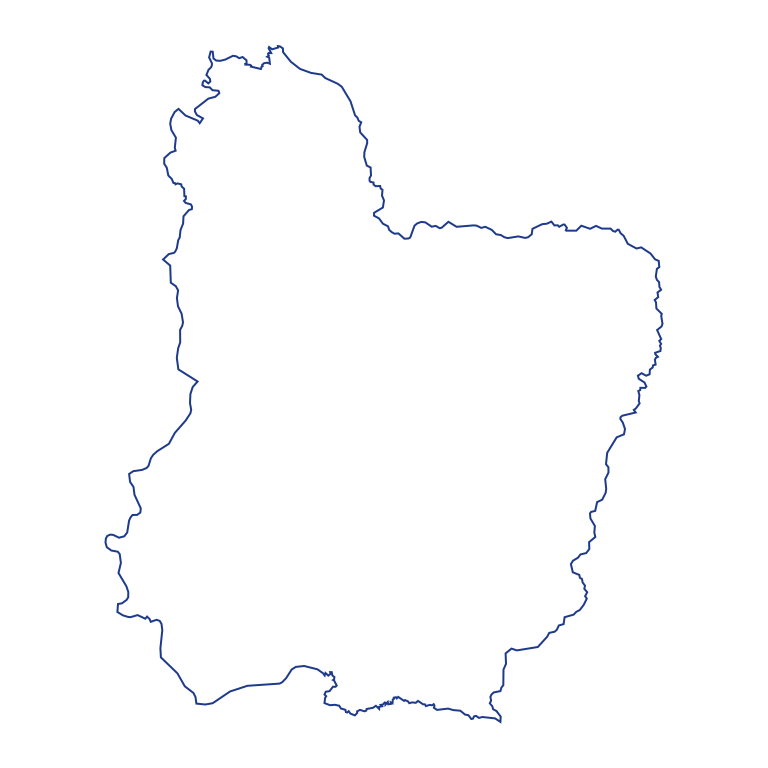 the district of Phu Phiang, Nan, Thailand
{"feature_id": "78962969B69096812257828", "entity_name": "Phu Phiang", "entity_type": "district", "adm_level": 2, "iso_a3": "THA", "parent_name": "Thailand", "parent_adm1": "Nan", "projection": "mercator", "projection_center": [100.851, 18.8], "detail": "fine", "context": "isolated", "style": "outline", "palette": "blue", "viewbox_px": 768, "rotation_deg": 0, "n_neighbors": 0, "source": "geoboundaries", "source_scale": "gbopen_adm2", "svg_char_len": 6062}
<svg xmlns="http://www.w3.org/2000/svg" viewBox="0 0 768 768"><path d="M658.7,260.9L655.0,259.3L650.5,253.5L641.2,247.4L636.5,248.5L627.8,243.8L623.7,235.9L620.5,233.1L618.8,229.8L617.7,229.6L615.2,231.7L613.0,231.0L610.6,228.6L601.9,228.6L596.0,225.9L590.1,228.8L581.3,225.7L576.3,230.7L566.3,230.7L565.8,230.3L566.9,227.8L564.6,224.6L563.3,224.5L559.2,226.8L557.8,225.3L554.4,225.4L551.4,221.6L546.8,223.7L542.1,224.2L532.5,228.8L531.7,234.3L528.0,237.3L525.1,237.9L518.3,236.4L507.8,238.1L504.3,237.2L500.8,235.0L496.1,234.3L491.8,229.9L485.3,226.8L481.3,227.9L476.5,225.6L473.4,225.4L456.6,226.8L448.4,221.8L441.7,227.7L439.7,228.2L435.7,225.9L431.7,226.7L425.4,222.4L421.3,221.9L417.2,223.4L414.5,225.7L410.2,237.5L408.4,238.5L404.4,238.7L398.4,233.4L394.5,233.7L391.8,232.2L389.2,229.9L388.0,226.3L382.9,223.7L379.0,218.4L374.0,215.7L374.1,212.8L382.9,207.5L384.0,200.4L382.0,195.6L382.5,189.9L380.7,188.5L380.1,186.0L375.6,186.2L373.6,184.6L373.5,182.5L370.4,181.9L369.6,180.9L369.5,178.2L371.0,175.5L370.6,167.5L366.8,165.6L364.2,156.9L364.4,152.2L367.2,143.1L367.1,139.9L360.2,132.4L359.5,126.7L361.2,122.3L358.7,120.8L357.3,117.5L355.1,115.4L350.5,101.3L341.8,86.8L337.8,83.8L325.2,78.0L321.7,74.6L311.0,72.9L300.0,68.9L290.9,61.8L283.1,52.2L282.9,48.4L279.8,46.3L277.9,46.1L278.2,47.5L272.1,49.3L269.1,47.0L268.6,48.2L271.2,53.1L268.6,53.0L268.0,53.9L268.8,55.6L267.2,56.7L269.2,57.6L269.9,63.7L267.0,62.7L264.0,63.2L262.2,64.9L262.6,66.2L261.6,66.6L260.9,69.0L250.9,66.6L251.2,65.6L250.0,64.8L245.3,64.6L245.2,63.9L246.6,63.5L246.5,60.3L242.6,57.0L239.2,58.2L236.2,56.3L233.0,55.8L225.2,59.6L220.4,60.8L216.3,60.6L213.5,58.5L212.7,51.7L210.6,51.6L209.1,57.5L211.9,63.2L211.9,65.2L211.1,67.3L208.5,69.8L206.4,75.0L209.9,78.8L210.3,81.5L208.3,83.4L205.0,80.6L203.9,80.7L202.8,82.4L202.4,85.3L205.4,87.1L209.6,87.3L212.5,90.2L218.5,90.8L219.3,93.2L215.3,96.8L208.4,98.6L195.0,109.0L194.9,111.3L196.8,115.0L203.0,118.4L199.7,123.2L197.8,120.7L185.5,115.5L178.5,108.9L174.6,112.1L171.1,118.7L170.2,123.7L171.4,130.1L175.9,137.7L174.8,147.8L175.6,150.7L170.4,152.6L164.3,158.1L164.2,163.7L166.8,167.8L168.3,175.5L171.8,179.0L173.4,182.9L175.1,183.2L175.5,184.3L177.5,183.4L181.2,184.3L181.7,186.6L184.1,188.7L184.4,196.2L185.9,196.4L185.8,199.1L184.0,200.9L185.6,202.9L190.9,204.4L192.1,206.8L191.8,209.2L189.0,210.0L183.5,216.3L183.1,223.6L180.5,230.1L179.7,237.5L178.2,240.3L176.8,248.4L175.2,251.6L173.9,252.9L168.8,254.1L163.1,259.5L170.2,265.6L170.8,282.7L175.8,286.2L178.1,290.4L176.9,298.1L178.0,306.3L181.6,313.7L183.0,322.3L182.3,325.7L180.1,329.9L180.2,342.4L178.2,348.1L176.8,357.9L178.4,369.4L197.6,381.5L192.7,387.0L190.4,394.1L190.0,403.1L191.2,409.8L190.4,413.3L185.7,420.5L174.9,432.8L168.9,443.8L157.5,451.0L153.3,454.7L150.9,458.2L148.5,465.9L146.6,468.0L142.1,469.9L133.2,471.2L129.1,474.0L130.1,482.0L133.5,486.9L134.5,494.8L140.8,508.4L140.3,512.6L137.1,514.9L132.5,515.0L130.6,517.3L129.1,520.5L127.2,532.5L124.3,536.3L119.0,537.7L113.2,534.9L110.3,534.6L107.3,535.9L105.9,538.4L105.5,542.5L106.8,547.2L111.3,550.5L117.8,551.7L119.7,554.1L120.9,562.9L118.5,573.0L126.4,586.3L128.3,592.0L128.2,597.3L126.6,599.9L122.0,603.3L118.0,604.0L117.4,612.0L122.8,615.3L127.9,616.9L130.4,617.2L137.6,615.1L145.3,618.7L147.1,616.6L149.7,619.2L150.7,621.8L156.6,619.8L159.7,620.9L161.5,623.9L162.3,630.2L160.4,648.3L160.9,657.4L177.4,673.3L184.8,686.3L193.5,693.0L195.5,697.1L196.4,703.6L205.3,704.5L212.7,703.2L230.0,691.5L247.4,685.8L279.5,683.6L282.1,682.3L286.1,678.2L291.7,669.5L295.8,666.9L304.2,666.0L317.4,669.3L323.0,673.2L324.7,675.5L325.5,673.0L328.3,675.6L330.6,673.8L330.1,672.1L331.7,672.1L332.4,675.5L334.4,677.1L334.1,679.3L333.1,680.0L334.1,680.5L336.7,685.6L335.5,686.8L333.0,686.7L329.5,691.2L325.8,691.7L324.5,694.5L326.2,696.2L325.1,697.9L324.5,703.1L330.0,705.2L334.9,704.8L339.2,705.7L340.9,708.5L345.4,709.8L345.9,712.1L347.2,712.5L348.7,711.2L350.4,713.6L354.9,715.4L357.2,712.9L357.1,711.4L359.9,709.9L364.6,711.3L366.3,710.6L366.6,709.0L373.0,707.8L375.9,705.8L379.1,708.9L379.1,706.8L382.0,706.3L380.8,704.9L382.8,704.6L384.7,702.5L385.5,702.7L385.5,704.6L387.8,702.0L388.2,704.3L390.9,703.9L390.7,702.3L392.5,703.3L392.8,699.5L394.0,698.7L393.8,697.7L395.9,697.2L396.8,698.4L398.2,696.9L404.1,700.9L405.0,700.1L407.9,701.3L409.3,703.2L412.0,702.4L415.8,702.8L418.0,700.9L423.1,704.3L425.0,704.4L425.9,706.1L429.7,704.9L431.9,705.3L433.7,704.2L434.5,705.7L433.9,707.8L437.0,709.9L448.1,708.6L453.4,710.1L460.3,710.7L465.1,714.6L468.4,715.2L471.3,719.0L472.9,718.7L474.1,716.3L476.1,715.9L478.9,717.9L482.4,717.0L495.1,718.4L500.4,721.9L500.7,716.6L496.5,711.1L493.1,709.2L492.4,706.4L489.8,703.3L491.1,700.6L490.4,696.9L491.5,694.5L493.8,692.4L500.4,691.1L501.5,687.4L503.3,685.3L503.5,669.5L506.0,663.9L505.6,653.4L511.5,648.6L516.9,650.4L537.8,647.0L547.2,636.7L549.2,632.9L554.7,631.7L556.9,629.7L558.8,625.5L563.6,624.1L564.6,617.2L573.7,614.6L576.2,611.9L579.8,610.0L583.8,604.7L586.8,598.6L585.1,596.2L587.2,592.2L584.3,588.8L585.0,585.7L582.6,582.4L582.0,579.0L579.9,577.8L579.3,574.9L572.8,572.3L570.9,564.1L573.0,560.7L578.1,557.6L580.5,554.4L586.2,553.1L589.3,549.0L589.1,542.1L595.3,537.0L594.3,532.4L594.9,526.0L590.4,518.4L590.0,513.4L591.1,511.9L595.2,510.9L597.1,502.1L602.2,499.7L605.7,492.7L606.2,488.9L605.2,479.2L608.5,472.5L608.4,467.2L606.0,464.2L607.2,452.8L616.7,437.3L624.0,434.3L625.0,429.0L622.8,422.6L620.3,418.8L620.5,417.3L622.3,415.7L635.7,412.5L633.8,409.9L635.8,408.5L639.6,403.4L638.8,401.0L639.4,395.1L638.3,391.0L640.2,390.1L640.4,387.8L645.1,387.9L646.4,386.6L644.5,382.5L638.8,378.8L637.9,375.7L641.6,373.2L646.1,375.7L649.6,374.3L649.9,369.6L652.7,367.5L653.0,365.4L655.6,364.6L654.9,359.7L655.8,357.9L657.9,356.8L655.4,354.3L655.1,352.8L660.4,351.0L660.8,347.9L659.9,345.8L661.1,343.9L659.3,340.9L661.2,339.1L657.1,330.0L661.5,326.5L662.5,323.8L661.2,315.8L661.8,313.9L656.4,308.5L656.0,302.4L654.7,300.0L658.2,297.1L657.5,292.5L661.1,289.8L659.4,286.8L659.1,282.2L656.9,279.8L655.8,276.6L656.9,268.9L659.3,267.1L658.7,260.9Z" fill="none" stroke="#1e3a8a" stroke-width="2"/></svg>